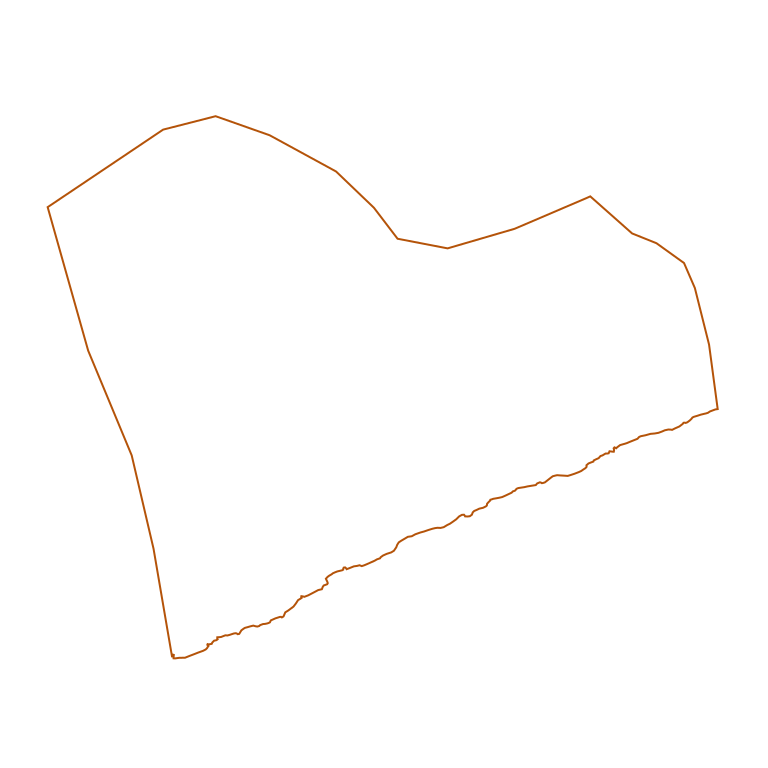 the district of Qusir, Al Bahr al Ahmar, Egypt, rotated 89°
{"feature_id": "37247803B34734253794751", "entity_name": "Qusir", "entity_type": "district", "adm_level": 2, "iso_a3": "EGY", "parent_name": "Egypt", "parent_adm1": "Al Bahr al Ahmar", "projection": "equal_earth", "projection_center": [34.284, 25.954], "detail": "fine", "context": "isolated", "style": "outline", "palette": "amber", "viewbox_px": 768, "rotation_deg": 89, "n_neighbors": 0, "source": "geoboundaries", "source_scale": "gbopen_adm2", "svg_char_len": 3405}
<svg xmlns="http://www.w3.org/2000/svg" viewBox="0 0 768 768"><g transform="rotate(89 384 384)"><path d="M653.5,600.6L652.1,600.3L650.9,599.8L651.2,598.9L653.6,599.2L654.6,599.2L654.7,597.6L654.2,593.5L654.2,587.7L652.2,582.4L650.8,578.5L649.3,574.5L647.6,569.5L646.3,566.9L645.2,565.7L644.5,565.2L643.9,564.9L642.9,564.1L642.2,564.6L641.7,565.2L641.0,564.9L641.3,563.7L640.8,560.8L639.5,560.2L637.7,558.4L637.2,556.0L636.3,554.8L635.5,555.2L634.3,555.1L634.3,553.6L634.1,551.3L632.5,547.0L632.7,544.9L632.1,542.6L630.8,538.4L630.6,536.7L630.8,535.7L631.6,534.6L631.3,533.1L627.8,530.9L626.1,528.5L625.4,527.3L624.7,524.5L624.0,522.0L623.3,518.9L624.0,516.6L624.3,514.9L623.8,513.0L622.9,512.0L621.9,509.1L621.8,507.2L621.4,505.1L621.0,503.7L620.3,502.2L618.4,501.3L616.4,496.6L615.9,494.9L615.1,492.3L615.0,491.1L615.6,490.2L614.7,488.6L614.2,488.3L610.6,486.7L608.8,483.7L605.0,478.4L602.0,476.0L598.6,473.7L597.1,471.1L596.4,470.1L595.7,470.5L594.7,470.3L595.0,468.6L595.4,467.4L594.0,463.5L591.0,457.5L588.9,453.4L588.1,449.7L585.8,448.8L584.4,447.8L583.7,445.7L583.2,444.3L582.1,443.7L580.8,444.1L577.7,445.5L575.9,443.8L574.8,442.3L573.3,439.6L572.4,438.5L571.5,436.4L570.6,434.0L569.9,430.8L569.5,429.0L568.9,428.0L568.0,428.0L566.9,427.5L566.7,426.1L567.7,425.0L568.5,424.6L567.7,422.3L565.8,417.3L565.4,414.1L564.8,411.6L565.7,409.4L564.9,406.9L563.7,403.9L560.5,396.4L559.2,394.1L558.2,391.0L557.2,390.4L555.5,388.0L553.9,384.3L552.5,379.7L550.9,377.0L547.5,374.6L545.0,373.6L542.6,372.0L541.0,369.5L538.8,365.6L537.2,362.8L536.7,358.9L534.8,355.3L533.1,350.2L532.2,346.6L530.8,342.3L529.6,338.2L529.0,335.5L528.7,333.1L528.9,330.0L528.2,326.8L526.1,323.2L524.9,320.6L523.2,318.0L520.5,314.1L517.7,311.2L516.9,309.7L516.2,308.4L516.1,306.3L517.0,305.6L517.8,305.2L517.9,302.5L517.7,300.5L516.2,298.4L513.9,297.5L512.5,296.0L511.6,293.7L510.3,290.9L509.5,287.1L508.1,284.2L507.3,283.3L505.5,283.0L503.8,281.4L502.4,279.9L501.6,279.7L501.2,278.2L500.7,276.8L500.2,273.5L499.7,270.6L499.1,267.8L497.7,264.5L494.9,258.3L493.6,257.0L493.0,255.0L492.2,254.2L491.1,253.3L490.4,251.6L490.0,248.7L489.6,245.6L488.9,242.3L487.7,234.0L486.1,232.6L485.0,229.8L485.4,228.6L485.9,228.0L485.8,227.0L485.2,224.9L482.7,221.6L480.2,218.3L479.2,216.9L478.6,214.5L478.2,212.5L478.5,209.3L478.8,205.3L479.1,201.9L478.3,199.1L477.1,195.2L475.5,190.8L474.4,188.3L472.9,186.1L471.8,184.3L470.8,183.2L470.3,182.9L468.8,183.0L467.0,180.9L466.2,178.8L465.2,176.0L464.1,175.6L462.9,173.1L461.9,170.7L459.8,168.8L459.2,166.8L458.6,165.8L457.4,163.7L457.4,161.9L457.2,160.6L455.2,159.7L455.7,156.2L455.7,155.4L454.0,155.1L452.3,155.5L451.4,154.7L451.9,153.6L452.3,153.0L451.3,151.9L449.2,149.0L447.9,144.1L447.3,142.1L446.2,139.4L444.6,135.2L443.2,131.5L442.1,130.5L441.4,129.8L440.7,128.2L439.8,123.4L438.5,118.4L438.2,114.2L437.6,110.4L436.3,106.7L435.2,104.1L434.5,100.6L434.6,97.9L434.9,96.8L433.5,93.9L431.6,89.4L429.1,86.0L428.0,85.2L427.9,83.9L428.2,83.1L427.6,81.4L425.8,78.9L424.1,77.1L422.9,76.2L422.2,74.7L421.2,71.1L420.2,67.9L419.3,63.9L419.1,62.8L418.5,60.7L417.1,58.5L415.2,53.1L414.9,50.8L350.3,58.3L293.5,71.5L268.3,81.9L248.0,109.1L237.8,133.3L200.0,174.5L201.5,178.0L231.1,250.7L249.0,316.2L249.5,318.0L249.0,320.4L239.0,367.9L207.6,391.0L170.7,428.2L133.3,494.0L113.3,547.7L125.8,600.4L201.3,717.2L345.5,679.2L451.0,637.5L544.7,617.3L653.5,600.6Z" fill="none" stroke="#b45309" stroke-width="2"/></g></svg>